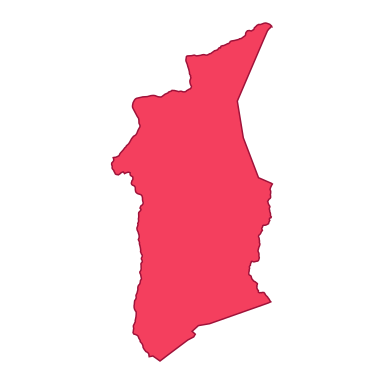 outline of Curaçá, Bahia, Brazil
{"feature_id": "56859067B18478691888901", "entity_name": "Curaçá", "entity_type": "district", "adm_level": 2, "iso_a3": "BRA", "parent_name": "Brazil", "parent_adm1": "Bahia", "projection": "orthographic", "projection_center": [-39.681, -9.188], "detail": "fine", "context": "isolated", "style": "filled", "palette": "rose", "viewbox_px": 384, "rotation_deg": 0, "n_neighbors": 0, "source": "geoboundaries", "source_scale": "gbopen_adm2", "svg_char_len": 6014}
<svg xmlns="http://www.w3.org/2000/svg" viewBox="0 0 384 384"><path d="M241.3,38.5L239.5,38.8L238.8,39.4L234.4,40.5L231.4,41.0L230.2,41.5L229.8,42.5L229.1,43.1L228.5,43.6L227.5,43.7L226.3,44.4L223.6,45.6L222.3,45.7L220.9,46.3L220.5,47.8L219.7,47.6L218.9,48.0L218.0,49.2L217.5,49.8L215.4,50.6L214.6,50.7L211.5,53.0L210.9,53.5L209.6,53.8L208.2,54.6L207.1,55.1L206.0,55.1L203.9,54.6L202.2,54.8L201.1,55.2L198.8,55.6L196.6,55.9L194.2,55.1L191.5,55.7L187.9,55.9L187.1,56.0L186.4,56.6L185.9,60.0L186.0,61.1L187.3,64.4L187.8,66.4L188.7,69.1L189.4,71.9L189.5,73.7L189.8,74.5L190.6,75.6L190.5,76.5L190.9,77.8L189.9,80.6L189.9,81.8L190.1,83.1L190.6,84.8L191.4,86.1L191.4,86.9L190.8,88.3L190.3,88.8L189.3,89.1L188.5,89.6L186.6,90.7L185.7,91.6L184.1,91.9L182.9,91.8L181.6,91.3L180.7,91.2L179.9,91.3L178.7,91.6L176.5,91.0L174.3,90.5L171.9,90.4L171.4,91.0L168.5,92.1L168.0,92.9L165.0,94.2L161.6,96.8L160.6,97.0L159.1,96.9L157.8,96.7L155.0,95.6L153.3,95.4L151.0,95.6L147.3,96.6L142.7,96.9L136.6,98.3L135.7,98.8L135.1,99.3L134.3,100.4L133.1,102.7L132.6,105.0L132.5,105.8L132.5,107.0L133.0,108.4L137.3,116.5L138.5,118.2L138.9,120.2L139.0,123.2L140.0,125.4L140.0,126.4L139.8,127.1L138.4,129.5L137.7,131.1L136.8,133.4L135.8,134.9L135.1,135.4L133.5,136.3L131.6,138.7L129.8,142.0L128.6,143.9L126.4,145.8L126.0,146.8L124.8,147.8L123.1,150.1L120.8,152.6L119.9,153.8L119.2,155.4L118.5,156.0L116.0,157.2L114.3,157.4L113.2,157.6L113.7,159.3L113.7,160.6L113.2,161.3L112.5,162.2L111.8,162.9L111.6,164.0L111.7,164.9L112.2,165.9L112.1,168.1L112.4,168.8L112.9,169.5L113.7,170.3L114.1,171.6L114.6,172.3L115.0,173.2L115.4,174.0L116.3,174.5L117.5,174.6L118.2,174.9L119.1,174.4L120.0,173.8L120.7,173.1L121.6,172.5L122.5,172.1L123.2,171.9L123.9,172.6L124.5,173.6L125.9,172.9L127.1,172.5L128.1,172.2L129.0,172.3L130.2,172.8L130.1,173.9L130.2,174.9L130.7,175.6L131.4,176.0L132.1,176.5L132.8,177.0L132.9,179.0L132.7,179.7L131.8,181.0L131.7,181.8L131.3,183.1L131.6,184.2L132.3,185.0L134.4,186.0L135.0,186.9L135.3,187.7L135.3,189.5L135.5,190.9L135.7,191.8L136.2,192.5L137.2,193.4L138.3,193.9L139.8,194.3L141.2,194.9L141.7,195.5L142.1,196.2L142.5,197.9L142.5,199.5L142.6,200.5L143.2,202.7L143.1,203.5L142.7,204.4L141.8,205.3L140.8,206.0L140.4,207.1L140.0,208.1L140.4,208.7L141.0,209.2L140.7,210.4L140.1,211.1L139.5,211.6L138.7,212.7L138.6,213.9L138.7,215.0L138.7,216.0L138.7,217.2L138.4,218.8L138.5,219.9L138.6,221.1L138.3,222.3L137.7,223.4L138.0,224.4L137.8,225.4L137.6,226.2L137.2,227.2L136.9,228.0L137.0,229.1L137.2,230.1L137.7,231.1L138.3,232.5L138.5,233.6L139.0,234.8L139.1,236.0L139.2,237.0L138.9,238.2L138.3,239.6L138.7,240.5L139.1,241.2L139.5,242.5L139.4,243.8L140.1,246.4L140.4,247.9L140.6,249.4L140.7,250.8L140.5,251.8L141.0,252.7L141.3,253.7L142.3,255.3L142.2,256.5L141.8,257.4L141.4,258.1L141.4,259.1L142.0,260.1L142.2,260.8L142.3,261.8L141.2,263.2L140.9,264.0L141.1,265.3L141.1,267.5L141.2,268.6L140.9,270.2L140.4,271.1L139.8,272.0L140.0,273.2L140.6,274.4L141.0,276.4L141.2,277.4L141.4,278.4L141.4,279.2L140.8,279.9L140.3,280.9L140.3,281.9L140.1,282.8L139.8,283.8L139.4,284.5L138.6,285.2L138.1,286.3L137.9,287.1L137.8,288.2L137.9,289.2L137.7,290.3L137.2,292.3L136.9,293.4L136.4,294.3L136.0,295.3L136.0,296.1L136.2,297.1L136.1,298.2L135.8,298.9L135.5,299.6L134.7,300.5L134.5,301.8L134.3,304.4L134.1,305.5L134.1,307.3L134.3,308.3L134.5,309.1L135.4,310.9L136.0,311.5L136.2,312.6L136.2,314.1L136.1,315.4L136.0,316.7L135.7,318.2L135.2,320.6L135.3,321.7L134.7,322.9L134.2,324.1L133.7,325.0L133.3,326.0L133.5,327.4L133.7,328.7L133.4,330.1L133.3,331.4L133.0,332.3L133.3,333.2L134.0,334.2L134.9,334.3L135.7,334.6L137.0,335.2L138.0,336.0L138.4,336.9L138.6,337.6L139.0,338.5L139.7,339.6L140.2,340.6L140.2,341.6L141.1,342.6L141.8,343.4L142.6,344.8L142.9,345.8L143.0,346.5L143.1,347.5L143.8,348.7L144.4,349.7L145.1,350.5L145.8,351.5L147.5,352.4L148.3,353.2L148.9,354.3L148.9,355.1L149.2,356.7L151.4,356.3L152.9,356.0L160.0,361.0L167.7,355.1L187.8,340.0L193.7,336.9L195.3,334.2L192.1,331.3L198.4,325.6L209.6,323.7L268.2,303.0L270.8,301.8L270.1,301.0L269.7,300.3L269.3,299.5L268.7,298.6L268.1,297.9L267.5,296.9L266.0,295.5L265.3,294.5L264.7,293.3L263.9,292.5L263.0,292.5L262.1,292.4L261.2,292.8L260.4,292.6L259.4,292.8L258.4,292.2L258.4,290.5L257.7,289.9L257.1,288.7L256.8,287.6L257.0,286.6L256.7,286.0L257.0,285.3L257.3,284.6L257.4,283.6L255.3,281.9L254.3,281.3L253.5,281.0L252.8,279.9L251.8,278.8L251.6,278.0L251.3,277.1L251.1,276.2L250.4,275.5L249.5,275.2L248.8,274.3L248.8,272.2L249.2,271.0L249.2,269.5L249.5,268.8L249.6,268.1L249.3,266.9L249.8,265.8L250.4,265.3L250.4,264.4L250.6,263.4L251.1,262.7L251.3,261.7L251.9,261.3L253.9,261.9L255.2,261.6L256.4,261.3L257.6,261.1L258.3,260.6L258.7,259.9L259.3,257.8L259.0,256.6L258.9,255.5L259.0,254.3L258.9,253.2L258.1,251.5L258.0,250.6L258.5,248.8L258.7,247.7L259.5,245.8L259.8,244.8L259.9,243.9L259.6,243.2L259.4,242.4L259.5,241.2L259.4,240.1L259.2,239.3L259.2,238.5L259.0,237.8L258.6,237.1L258.5,236.1L258.9,235.2L259.9,234.4L260.4,233.7L260.9,232.9L261.4,231.6L262.4,230.5L261.7,228.4L262.2,227.5L262.7,226.6L262.7,225.8L263.3,225.3L265.3,225.2L266.5,224.8L268.5,223.7L268.8,222.6L269.3,221.3L269.8,220.5L269.3,219.3L269.6,218.2L270.3,218.0L271.0,217.7L271.3,216.9L270.5,215.7L270.5,214.3L270.4,213.2L270.0,212.2L269.7,211.3L269.7,210.2L269.3,209.1L269.4,208.0L269.8,207.2L269.9,206.3L269.3,205.5L268.7,204.5L268.3,203.6L268.0,202.4L267.6,201.3L268.2,200.7L268.7,199.5L270.2,198.3L270.6,197.6L270.6,195.8L270.3,195.0L270.6,193.6L270.7,192.4L270.7,191.3L270.4,190.3L270.0,189.6L270.2,188.7L270.7,187.2L271.2,186.2L271.7,185.1L272.4,184.0L271.6,183.4L258.5,177.7L243.3,137.8L237.3,101.1L263.6,39.6L267.5,30.7L268.0,30.2L268.4,29.5L269.0,28.9L269.8,28.3L270.5,27.3L271.1,26.7L271.8,26.9L271.7,26.2L270.7,25.2L269.7,24.3L267.3,23.4L265.8,23.0L264.1,23.2L260.6,24.5L258.5,24.5L256.9,25.4L255.9,26.5L254.3,27.9L254.0,29.1L253.6,29.7L252.5,30.2L251.6,30.9L250.7,30.9L249.3,30.5L247.4,30.8L246.1,32.3L245.7,33.2L245.5,35.0L245.1,35.7L242.6,37.5L241.3,38.5Z" fill="#f43f5e" stroke="#9f1239" stroke-width="1.5"/></svg>